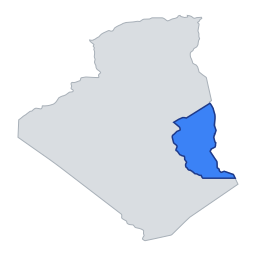 where Illizi sits in Algeria
{"feature_id": "DZA-2188", "entity_name": "Illizi", "entity_type": "Province", "adm_level": 1, "iso_a3": "DZA", "parent_name": "Algeria", "parent_adm1": "", "projection": "robinson", "projection_center": [8.244, 27.011], "detail": "fine", "context": "in_parent", "style": "filled", "palette": "blue", "viewbox_px": 256, "rotation_deg": 0, "n_neighbors": 0, "source": "natural_earth", "source_scale": "10m", "svg_char_len": 5740}
<svg xmlns="http://www.w3.org/2000/svg" viewBox="0 0 256 256"><path d="M201.4,17.3L201.7,17.9L201.7,18.6L200.7,19.1L200.1,19.5L199.3,21.1L197.9,22.1L197.6,22.5L197.7,22.8L198.6,23.3L198.9,23.7L199.1,24.3L198.7,26.6L198.0,30.5L198.1,31.4L198.4,32.4L198.8,33.2L198.9,34.1L198.8,36.3L199.2,37.6L199.6,38.8L198.7,40.3L198.4,41.6L198.1,43.4L198.0,44.6L197.5,45.7L196.8,46.7L196.0,47.4L195.0,47.9L193.8,48.7L192.9,50.6L190.8,52.2L190.4,52.8L190.2,54.1L190.3,55.9L190.6,57.3L191.6,59.4L192.4,61.7L192.7,62.9L193.0,63.3L194.2,64.1L196.3,65.1L196.6,65.5L197.7,67.1L198.6,70.0L199.0,71.9L202.6,74.8L206.1,77.3L206.4,77.8L208.3,86.5L209.0,89.5L211.5,100.7L210.4,101.3L209.3,102.1L210.1,103.6L211.8,106.1L212.8,108.1L213.1,108.9L213.9,111.4L214.5,113.8L214.7,114.6L214.9,116.4L214.7,121.5L215.1,127.9L215.8,131.1L214.8,134.0L214.0,136.8L214.1,138.2L214.5,140.3L215.0,141.9L215.6,142.8L215.5,145.5L215.2,146.5L213.4,147.9L211.3,149.2L210.7,150.3L210.6,151.5L210.9,152.5L216.8,161.7L217.0,162.6L217.1,165.2L218.1,168.4L219.2,169.8L219.6,170.9L220.3,171.6L221.1,172.2L221.5,172.3L224.2,171.4L228.7,172.8L233.0,174.3L233.3,174.6L235.8,179.6L238.0,184.2L189.8,217.2L184.5,222.2L172.0,234.5L171.0,235.1L154.6,238.7L146.0,240.5L145.6,240.6L145.2,240.6L144.8,240.6L144.1,240.3L143.2,239.6L142.6,239.2L142.5,238.6L142.8,237.8L143.2,237.1L143.4,236.6L143.7,236.2L144.1,235.8L144.1,235.4L143.8,234.6L143.5,233.5L143.6,231.5L143.6,230.6L142.8,229.9L141.3,229.1L139.9,228.6L139.3,228.4L137.8,228.1L135.7,227.6L135.0,227.2L133.6,225.4L133.0,224.9L129.9,224.6L128.8,224.3L128.0,223.9L127.2,223.3L126.8,222.3L126.7,221.5L126.5,221.1L123.0,219.1L122.2,218.5L121.7,217.9L121.7,216.9L121.8,215.8L121.7,214.8L121.5,214.3L61.4,168.2L58.2,165.8L51.0,160.5L18.0,137.3L18.7,120.7L18.8,119.9L19.0,119.5L20.1,118.9L21.8,117.5L22.5,116.9L23.3,116.2L26.2,114.4L26.8,113.8L29.6,111.7L30.2,111.3L31.7,111.1L32.3,110.7L33.2,109.8L34.4,108.8L35.3,108.4L35.9,108.2L38.5,108.5L39.5,108.7L40.8,108.9L41.2,108.8L41.5,108.5L42.0,107.8L42.2,107.0L42.2,106.2L42.3,105.9L42.5,105.8L43.1,105.8L43.8,105.9L45.3,105.9L45.8,105.8L47.6,105.7L50.0,105.2L53.5,104.1L55.2,102.8L56.4,101.5L57.7,99.5L58.8,97.8L60.8,96.7L62.5,96.0L63.5,95.8L65.7,94.9L69.4,92.2L72.4,91.8L72.7,91.6L73.2,91.1L73.2,90.3L72.7,89.7L72.1,89.4L71.7,89.1L71.3,89.0L71.1,88.6L71.2,87.9L71.3,87.3L71.6,86.6L71.6,85.7L71.2,84.7L71.1,84.1L71.1,83.4L71.4,82.9L72.0,82.5L72.7,82.4L73.7,82.6L75.4,82.3L79.9,80.7L80.3,80.2L80.6,79.1L80.9,78.1L81.4,77.8L81.7,77.7L85.2,77.1L86.0,77.0L92.6,77.4L98.3,77.6L98.8,77.3L98.8,76.6L98.5,75.3L98.8,74.5L99.6,73.7L100.6,72.8L100.2,71.8L99.4,71.1L98.3,70.3L97.7,69.9L96.7,68.9L96.1,67.7L95.8,65.3L95.0,63.9L94.5,62.2L95.1,59.2L94.4,57.3L94.3,56.5L94.4,55.5L94.6,53.9L94.6,51.6L93.8,49.2L94.2,48.4L94.4,48.0L94.3,47.6L93.6,46.8L93.2,46.2L93.4,45.6L93.9,44.8L93.9,44.4L92.6,43.4L90.5,41.7L89.9,41.0L89.6,40.0L91.7,40.3L92.8,40.2L95.3,39.0L97.3,37.6L98.9,36.8L100.3,35.2L101.5,34.1L103.3,33.0L108.5,30.6L109.3,30.6L110.9,31.2L112.4,31.0L113.4,30.1L114.5,28.1L116.2,26.9L118.4,25.7L121.2,24.5L123.1,23.4L126.1,22.5L133.5,21.9L137.3,21.3L139.9,21.5L142.5,19.7L143.8,19.2L149.5,19.0L152.1,17.8L162.2,17.8L163.4,18.2L164.6,18.9L166.7,20.5L167.7,20.9L169.0,20.5L172.1,19.0L175.6,18.2L177.5,17.3L178.3,15.9L180.0,15.4L180.9,16.5L184.5,17.5L186.7,17.2L187.7,16.9L187.3,15.4L189.7,15.8L191.5,16.5L193.4,18.0L194.6,18.3L196.8,17.6L201.4,17.3Z" fill="#d9dde1" stroke="#a8b0b8" stroke-width="1"/><path d="M209.9,103.3L210.5,103.9L211.8,106.0L213.1,108.4L213.9,111.4L214.8,114.4L215.0,116.3L215.0,118.7L214.8,120.7L214.3,125.1L214.4,125.8L216.0,130.1L216.0,130.6L215.9,130.7L215.2,133.2L215.0,133.4L214.7,133.6L214.5,133.8L214.5,134.1L214.7,134.3L214.8,134.6L214.7,134.8L214.2,135.4L214.1,135.6L214.0,136.4L213.8,136.9L213.7,137.1L213.7,137.3L214.6,140.6L214.9,141.9L215.0,142.1L215.5,142.5L215.8,142.8L215.5,144.2L215.5,144.6L215.6,145.0L215.2,146.8L215.0,147.1L211.2,149.0L211.2,149.4L211.1,149.6L210.7,150.0L210.5,150.5L210.4,150.7L210.1,151.2L210.4,151.9L211.9,154.1L213.5,156.5L214.8,158.5L216.5,160.9L216.9,161.7L217.0,162.5L217.1,164.1L217.1,165.9L217.2,167.6L217.3,167.9L218.9,168.9L219.1,169.2L219.3,170.4L219.4,170.8L219.6,171.1L221.0,172.3L221.6,172.3L222.9,171.8L224.1,171.3L224.3,171.3L224.5,171.4L226.6,172.1L229.1,173.0L232.5,174.2L233.0,174.3L233.3,174.5L233.6,174.9L234.4,176.5L235.2,178.2L203.0,178.2L202.9,178.2L202.7,178.1L202.4,177.7L202.1,177.4L201.9,177.0L201.4,175.9L201.3,175.7L201.1,175.5L201.1,175.4L200.9,175.4L200.5,175.4L199.6,175.3L198.6,174.9L198.2,174.6L197.9,174.5L197.6,174.4L197.3,174.1L196.5,173.9L196.2,173.8L195.6,173.8L194.9,173.7L194.5,173.4L194.4,173.3L194.2,173.0L193.8,172.8L193.7,172.7L193.1,172.0L192.7,171.9L192.2,171.6L192.1,171.4L191.7,171.0L191.6,170.9L191.4,170.8L191.2,170.8L191.0,170.7L190.8,170.6L190.7,170.5L190.5,170.4L190.3,170.2L190.2,170.2L189.5,170.2L189.1,170.1L188.6,169.9L188.3,169.6L188.1,169.5L188.1,169.4L187.9,169.1L187.5,168.7L187.3,168.2L187.1,168.0L186.9,167.8L186.2,167.3L186.0,167.1L185.9,166.9L185.6,165.8L185.6,164.4L185.7,164.2L185.9,163.6L186.4,162.8L186.5,162.7L186.5,162.4L186.5,162.2L186.4,161.7L186.2,161.5L185.9,161.1L184.7,159.5L184.6,157.2L184.5,156.7L184.3,156.3L181.7,155.6L181.3,155.4L181.1,155.2L179.9,154.7L179.7,154.6L179.6,154.4L177.4,151.3L177.3,151.2L176.2,150.6L176.0,150.3L175.9,150.1L176.0,149.7L176.1,149.2L177.0,147.0L177.0,146.8L177.0,146.6L177.0,146.2L176.9,145.9L176.7,145.5L176.3,145.1L174.2,143.4L173.8,143.0L173.7,142.8L173.6,142.7L172.5,138.4L172.2,136.9L172.4,135.8L172.8,135.2L173.5,134.6L174.3,134.0L176.9,131.4L179.8,130.2L180.2,129.8L180.0,128.3L179.6,127.3L179.0,126.7L173.7,122.3L178.7,119.3L182.6,117.6L184.2,117.6L186.4,118.0L209.9,103.3Z" fill="#3b82f6" stroke="#1e3a8a" stroke-width="1.5"/></svg>